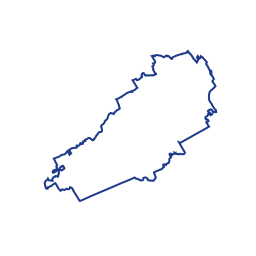 Colonesti, Olt, Romania (Mercator projection), rotated 69°
{"feature_id": "2599482B35257867577433", "entity_name": "Colonesti", "entity_type": "district", "adm_level": 2, "iso_a3": "ROU", "parent_name": "Romania", "parent_adm1": "Olt", "projection": "mercator", "projection_center": [24.671, 44.623], "detail": "fine", "context": "isolated", "style": "outline", "palette": "blue", "viewbox_px": 256, "rotation_deg": 69, "n_neighbors": 0, "source": "geoboundaries", "source_scale": "gbopen_adm2", "svg_char_len": 5735}
<svg xmlns="http://www.w3.org/2000/svg" viewBox="0 0 256 256"><g transform="rotate(69 128 128)"><path d="M178.8,199.2L178.9,196.8L178.3,186.7L177.4,161.0L177.1,154.9L176.9,144.9L176.6,139.6L177.0,139.2L178.1,138.8L178.6,137.8L179.0,137.6L179.2,137.0L179.7,136.4L180.6,136.0L180.9,135.2L181.5,134.9L181.8,134.3L182.0,132.9L181.8,132.4L181.2,132.1L180.7,131.6L180.2,131.6L180.1,130.4L180.6,129.1L180.9,128.7L182.3,128.0L182.8,127.9L183.5,128.2L184.6,127.2L184.7,126.4L185.3,125.7L185.7,124.3L186.3,123.6L186.4,123.0L185.6,121.9L185.1,120.8L183.7,119.8L183.7,119.7L179.1,119.8L178.7,119.6L178.6,119.3L178.4,111.0L178.2,110.4L177.5,109.6L177.2,108.3L175.4,108.6L174.7,108.0L175.2,106.7L176.0,106.2L175.8,105.8L175.9,105.5L175.4,105.3L175.2,104.6L175.2,103.5L175.0,102.8L175.0,102.2L173.0,100.9L171.9,100.6L171.3,99.9L171.2,99.1L170.7,99.0L170.5,98.2L170.0,98.2L169.8,97.8L169.5,97.8L168.9,98.4L168.4,98.1L168.4,98.6L167.5,98.7L167.1,98.2L167.1,97.5L167.7,97.4L168.1,96.5L168.9,96.1L168.6,95.1L168.7,94.1L167.8,93.7L168.7,93.3L168.8,93.0L168.6,92.6L169.1,92.7L169.2,92.2L169.9,91.7L170.2,91.1L170.1,90.4L170.6,90.2L171.0,89.5L170.9,88.2L172.0,86.6L172.4,85.3L172.1,84.4L171.4,83.6L167.2,84.4L159.6,85.5L160.7,84.3L160.5,84.1L159.7,78.5L155.8,51.9L150.7,52.8L150.6,50.6L150.4,50.3L150.1,50.2L149.4,50.3L149.0,50.7L148.4,50.9L148.2,51.8L147.7,51.8L147.6,52.2L146.2,52.1L146.0,51.7L145.5,51.6L145.3,50.1L144.7,48.8L143.7,48.3L143.5,47.9L143.9,47.6L144.0,47.1L144.7,46.8L144.8,46.4L145.6,46.2L145.4,45.6L145.5,44.8L145.3,44.6L145.1,44.7L144.9,45.4L143.7,45.8L143.1,46.1L142.4,46.7L142.2,47.2L140.7,47.3L140.2,45.4L140.3,44.7L140.2,44.1L140.6,43.8L140.8,43.4L143.9,42.8L143.5,42.1L144.6,40.7L144.7,39.9L143.3,39.6L142.2,39.7L141.7,40.2L138.2,41.0L137.3,41.2L136.3,41.1L134.1,41.7L131.4,42.2L128.5,41.6L127.5,41.0L125.9,40.5L123.1,38.3L122.1,35.4L120.4,31.4L118.2,31.6L114.8,32.6L114.4,32.3L113.0,30.2L109.3,30.8L109.1,31.1L107.4,31.6L107.4,31.2L106.8,31.5L106.1,31.4L107.2,30.9L107.3,30.7L104.6,29.8L104.3,29.9L104.3,30.4L104.0,30.7L102.8,31.0L102.1,31.3L101.4,31.5L100.6,31.3L99.2,31.4L96.8,32.1L96.0,32.1L95.0,30.8L88.9,33.0L87.9,33.6L88.0,34.1L87.1,34.4L87.3,34.6L87.9,34.5L88.2,34.8L88.6,35.4L88.8,36.4L85.8,37.1L86.8,38.4L88.6,38.0L89.3,38.2L89.7,38.7L90.5,38.9L90.8,39.5L89.6,40.1L91.2,39.9L91.5,40.3L87.4,41.6L87.0,42.0L85.3,42.3L85.2,42.1L84.3,42.2L83.9,42.5L81.7,43.0L81.5,43.4L80.3,43.6L79.9,44.0L77.7,44.4L77.8,45.3L78.6,45.3L78.7,45.8L78.6,48.0L78.2,49.6L78.4,51.3L78.1,51.5L78.0,51.8L77.9,54.2L77.8,58.1L78.1,61.6L79.2,62.0L79.2,62.3L79.0,62.8L75.8,64.1L75.3,64.5L74.6,65.4L75.0,65.6L74.4,66.2L74.3,67.5L74.8,68.6L74.7,69.3L74.4,69.6L72.1,71.6L71.7,72.6L70.3,74.6L70.4,74.9L70.1,75.3L70.1,76.0L70.5,77.1L70.0,77.6L70.4,77.7L70.2,78.1L70.1,78.7L69.6,79.0L69.6,79.4L69.7,79.7L69.6,79.9L75.7,78.8L76.7,79.5L76.9,81.1L76.8,81.4L78.5,81.2L79.4,83.3L81.4,82.9L82.3,83.2L82.4,83.7L82.7,83.7L86.1,83.1L87.4,82.4L87.8,82.5L87.8,84.2L88.0,85.1L87.6,85.4L87.7,86.1L87.6,86.5L86.7,88.1L86.7,89.2L86.2,90.2L85.6,91.0L85.6,92.4L84.9,93.1L84.6,93.0L84.2,93.3L82.6,93.6L82.1,94.1L82.4,95.5L83.2,95.7L83.8,96.6L84.0,96.7L85.3,96.4L85.5,96.6L85.9,98.6L86.5,99.7L86.7,101.6L86.6,102.4L85.1,102.8L85.0,103.0L85.2,106.0L85.1,106.6L93.8,104.9L93.9,105.9L94.3,106.3L94.3,106.7L94.8,107.7L95.1,109.7L94.8,110.7L94.9,111.7L95.6,111.6L95.3,112.2L94.9,112.6L95.1,113.4L94.9,114.7L95.1,117.3L95.6,118.9L96.3,122.5L96.6,122.7L96.4,122.9L97.0,126.5L97.0,128.7L98.3,128.3L100.9,128.5L103.1,128.3L105.8,128.7L106.4,128.5L107.0,128.8L107.3,130.6L107.5,132.4L108.5,134.3L108.9,135.6L109.8,136.2L107.8,138.7L108.1,139.1L108.0,139.6L108.2,140.6L109.9,142.4L111.9,143.9L112.5,144.9L112.8,146.1L113.3,147.2L114.0,147.5L115.1,149.0L115.5,149.7L115.8,151.4L116.7,152.5L117.1,152.7L118.3,152.5L119.1,152.7L121.5,153.4L121.9,153.9L122.0,154.6L121.6,156.2L121.7,156.9L122.2,157.4L122.5,158.4L123.2,159.0L123.6,160.1L125.3,162.1L125.7,163.0L126.3,163.4L126.3,164.1L126.8,164.4L126.7,164.7L126.8,165.4L126.7,165.7L125.3,166.2L123.5,167.5L123.3,167.9L123.2,168.7L123.4,169.9L123.7,170.3L123.7,171.4L123.5,171.9L123.6,172.4L124.1,172.8L124.6,172.7L124.5,173.1L124.8,173.2L124.8,173.9L124.9,174.2L124.7,174.4L125.0,174.8L124.8,175.0L125.2,175.2L125.4,175.0L125.9,175.4L125.7,175.7L126.5,175.9L126.3,177.2L125.1,177.8L125.2,178.2L126.2,178.6L126.8,179.7L126.8,180.9L126.5,181.2L126.4,181.6L126.1,181.7L126.0,182.2L127.5,182.6L128.0,182.9L127.2,185.3L127.0,186.5L126.8,188.2L127.3,190.6L131.4,190.2L131.5,191.3L132.0,192.1L129.6,192.5L127.8,192.6L128.4,194.0L129.2,194.8L129.9,197.1L129.3,199.5L130.0,202.1L130.0,208.2L137.4,207.5L138.3,208.8L139.7,208.5L140.0,208.8L141.4,210.6L141.4,211.6L140.8,212.0L141.1,213.3L142.1,214.1L142.9,214.0L143.2,213.5L142.9,212.4L142.7,210.9L141.7,207.4L141.7,206.8L140.5,205.4L140.3,204.7L140.4,203.9L140.3,203.6L140.0,203.6L140.0,203.3L139.8,202.8L140.3,202.0L142.5,202.0L142.7,201.8L143.0,202.0L143.4,202.8L143.4,203.7L143.8,205.1L143.2,205.4L143.0,207.0L143.1,208.0L144.3,208.5L145.6,208.6L146.3,209.6L147.4,210.0L147.9,210.8L148.2,210.9L148.3,211.0L147.5,211.4L147.1,212.7L147.2,213.1L147.4,213.3L147.3,213.8L147.0,213.8L147.3,215.4L148.2,216.6L149.0,217.1L150.2,217.4L149.4,218.4L149.2,219.7L148.1,220.8L146.6,220.9L147.1,221.4L147.4,222.1L147.8,223.7L148.5,224.4L149.0,225.2L149.9,225.6L151.5,225.9L155.0,226.2L155.9,224.8L155.7,224.6L155.0,224.5L154.7,224.3L154.8,222.5L154.5,221.2L154.7,220.4L154.2,219.4L153.6,217.0L153.5,215.6L156.5,215.0L159.5,214.6L162.5,213.5L161.7,211.5L161.9,211.0L162.7,210.3L163.1,209.6L163.1,208.9L162.6,207.5L162.9,206.8L163.6,206.2L163.9,204.9L163.9,204.6L163.4,203.9L162.5,203.4L162.9,202.8L163.9,201.9L165.1,201.6L166.0,201.4L166.3,201.6L178.8,199.2Z" fill="none" stroke="#1e3a8a" stroke-width="2"/></g></svg>